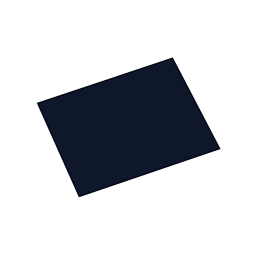 Timisoara, Timis, Romania (Natural Earth projection), rotated 17°
{"feature_id": "2599482B91737143557292", "entity_name": "Timisoara", "entity_type": "district", "adm_level": 2, "iso_a3": "ROU", "parent_name": "Romania", "parent_adm1": "Timis", "projection": "natural_earth1", "projection_center": [21.325, 45.796], "detail": "fine", "context": "isolated", "style": "filled", "palette": "ink", "viewbox_px": 256, "rotation_deg": 17, "n_neighbors": 0, "source": "geoboundaries", "source_scale": "gbopen_adm2", "svg_char_len": 228}
<svg xmlns="http://www.w3.org/2000/svg" viewBox="0 0 256 256"><g transform="rotate(17 128 128)"><path d="M221.5,120.9L150.1,48.4L34.5,130.8L101.4,207.6L221.5,120.9Z" fill="#0f172a" stroke="#020617" stroke-width="1.5"/></g></svg>